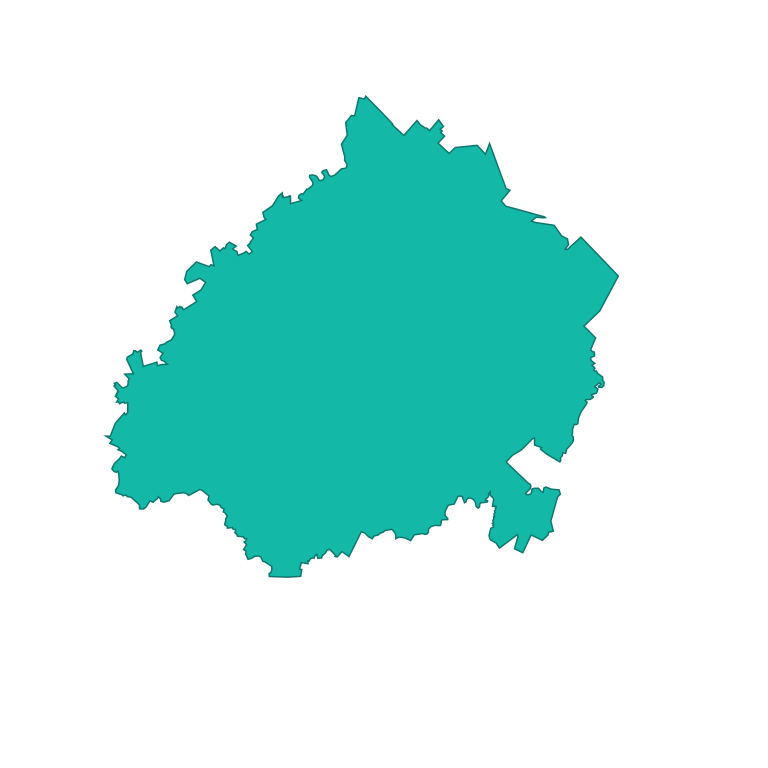 the district of Jalapa, Tabasco, Mexico, rotated 219°
{"feature_id": "50627088B66696645260750", "entity_name": "Jalapa", "entity_type": "district", "adm_level": 2, "iso_a3": "MEX", "parent_name": "Mexico", "parent_adm1": "Tabasco", "projection": "albers", "projection_center": [-92.803, 17.771], "detail": "fine", "context": "isolated", "style": "filled", "palette": "teal", "viewbox_px": 768, "rotation_deg": 219, "n_neighbors": 0, "source": "geoboundaries", "source_scale": "gbopen_adm2", "svg_char_len": 6171}
<svg xmlns="http://www.w3.org/2000/svg" viewBox="0 0 768 768"><g transform="rotate(219 384 384)"><path d="M224.3,526.7L227.4,527.7L228.2,526.7L229.8,526.8L230.0,529.0L234.3,529.6L233.2,532.7L237.3,532.6L239.5,533.6L239.7,535.3L238.0,538.2L240.6,541.2L242.3,540.4L244.9,540.5L248.6,553.0L265.1,554.8L262.3,576.6L269.9,615.4L323.4,622.1L326.1,603.9L328.0,602.8L328.3,608.4L332.7,612.2L339.2,610.9L351.7,614.4L367.6,605.0L371.9,603.3L370.8,609.4L365.1,613.1L363.3,614.9L364.1,615.0L401.3,598.8L408.2,600.1L408.0,613.9L412.1,612.7L453.3,637.3L449.7,626.4L461.8,628.1L477.4,612.6L478.5,604.2L493.6,605.2L492.9,614.8L498.2,615.1L497.9,617.2L500.6,617.3L499.8,621.5L507.8,623.7L508.0,609.5L511.7,609.7L513.4,608.8L518.9,608.3L524.2,609.5L525.0,589.7L540.7,590.6L540.6,591.4L547.1,592.4L579.3,596.2L578.7,593.1L583.7,590.7L575.6,574.0L578.3,572.1L578.2,563.0L569.1,554.2L568.0,543.6L557.2,535.7L555.5,533.1L550.9,531.5L549.7,529.5L549.6,527.6L552.5,524.3L553.7,515.5L555.7,512.0L557.9,511.6L563.5,514.3L565.1,512.2L565.8,510.5L565.4,509.2L561.7,508.4L560.3,507.4L560.0,504.5L560.8,502.7L562.4,501.5L565.9,502.8L568.3,502.9L571.1,501.5L573.0,499.5L572.2,497.9L566.0,495.9L564.5,493.8L565.6,487.5L566.6,487.1L566.4,481.0L568.0,479.7L568.7,476.8L567.5,474.7L563.5,474.7L570.1,465.3L575.0,471.2L576.0,470.6L575.8,469.8L579.5,465.5L580.5,466.5L581.0,465.7L583.3,468.5L584.2,464.1L582.9,452.2L586.1,441.1L582.2,438.1L579.4,437.5L583.8,427.8L579.7,424.4L582.2,419.6L581.6,415.6L577.4,415.3L577.1,409.8L576.5,409.4L577.2,405.8L569.8,404.2L570.6,400.0L574.6,400.3L575.2,397.9L578.4,392.0L581.6,394.4L585.8,393.6L586.6,394.1L585.6,398.2L593.4,396.9L594.1,393.3L592.8,389.2L594.5,388.7L595.3,384.1L601.7,384.5L602.8,379.0L590.4,368.8L593.5,368.0L593.8,365.1L606.6,360.8L608.2,347.5L604.6,339.6L600.0,338.1L593.6,350.3L586.5,350.7L585.4,341.5L588.6,332.8L581.4,330.3L586.4,315.6L589.6,316.6L589.9,315.4L591.3,315.8L592.1,313.1L593.6,313.7L591.6,308.2L587.3,307.1L590.4,298.2L586.8,296.3L585.5,295.1L585.6,294.3L583.7,293.7L582.0,294.2L578.4,291.5L577.7,289.7L577.0,284.4L579.4,279.2L579.3,277.6L582.5,273.2L581.3,268.1L575.1,268.8L574.7,263.7L571.8,262.4L569.8,263.3L564.7,263.0L569.0,259.3L571.7,255.7L574.3,258.0L582.1,246.2L593.0,255.2L592.8,257.0L594.3,257.3L595.6,253.5L597.8,253.4L599.5,252.4L598.1,249.4L600.4,243.2L599.2,241.1L585.2,234.3L591.6,228.5L585.2,227.7L584.8,225.4L582.7,222.7L582.2,220.7L584.0,217.0L585.1,216.3L592.5,217.1L594.0,214.8L592.0,214.2L592.5,212.5L586.4,211.5L586.1,210.2L585.5,210.4L585.8,208.9L585.5,207.2L584.9,207.4L585.0,205.4L580.9,205.4L580.5,201.7L579.1,203.0L577.1,202.2L576.2,204.5L574.3,206.2L573.4,205.9L571.4,208.2L565.1,200.5L565.4,197.3L567.5,198.1L568.1,184.7L563.9,171.1L567.3,168.5L560.0,169.5L559.7,165.3L551.8,167.6L548.8,167.8L549.4,165.5L545.4,166.6L539.9,166.8L539.1,163.6L542.8,162.7L542.5,159.6L543.5,152.6L542.9,149.6L542.2,149.4L542.6,148.3L541.9,146.7L538.6,146.1L536.5,147.0L535.9,148.9L533.0,146.6L529.2,142.6L526.4,138.0L525.9,132.5L523.9,130.7L517.8,133.1L516.5,132.8L514.6,135.4L512.7,134.9L509.3,136.9L498.1,136.2L495.4,133.1L492.3,135.5L491.5,138.2L492.3,146.0L489.0,146.7L488.0,152.7L488.5,154.4L485.7,154.2L483.5,152.4L480.7,153.7L477.6,158.0L477.9,166.1L476.8,167.9L471.0,173.6L468.0,174.7L465.7,174.4L460.8,186.0L459.1,186.8L449.5,186.9L447.8,183.1L442.8,181.9L440.8,182.2L438.5,185.1L435.5,186.6L432.6,185.5L429.7,186.3L428.5,183.5L426.1,183.7L422.4,182.6L422.2,179.4L421.1,178.5L419.6,174.8L418.5,174.3L416.2,174.8L415.1,173.4L411.5,177.0L409.9,176.2L408.3,177.2L406.8,176.6L406.5,174.7L403.4,174.4L402.1,173.5L397.0,176.7L394.9,176.1L393.4,177.3L392.6,175.0L393.3,173.2L389.7,172.7L388.9,166.9L386.1,167.3L384.3,164.7L379.3,162.2L377.3,165.0L375.9,168.9L373.3,171.5L370.6,172.0L366.6,170.0L364.2,170.9L356.6,171.6L354.3,169.2L353.3,166.1L354.0,164.4L352.0,162.2L337.3,173.3L327.7,182.1L331.2,188.1L333.1,186.9L335.8,193.2L330.0,196.5L331.8,198.5L330.8,199.1L331.2,201.7L330.1,203.8L328.7,204.7L329.5,206.7L329.1,209.3L325.8,206.9L323.0,209.5L323.9,211.6L323.2,215.6L323.6,219.1L322.1,221.4L313.3,220.2L313.5,219.3L311.5,220.1L311.2,227.3L302.6,227.8L308.7,254.9L305.2,256.1L299.8,255.6L295.8,256.3L296.1,259.6L293.7,262.7L293.1,265.5L291.2,268.8L291.1,270.8L286.6,275.7L285.5,276.1L281.6,275.0L279.4,273.9L277.5,271.2L276.6,273.5L274.4,275.6L270.5,277.7L264.8,279.0L265.5,285.9L259.9,292.1L257.5,292.9L256.2,294.4L256.2,296.6L258.1,299.5L257.7,302.8L255.6,306.0L251.4,309.2L251.2,310.2L253.3,313.8L253.3,315.1L249.2,318.6L249.8,319.6L253.6,320.2L255.7,322.3L256.5,324.4L257.8,330.3L253.9,334.9L255.8,343.1L254.5,344.7L252.4,345.7L246.8,342.4L246.1,344.1L247.1,346.3L246.7,348.1L245.4,349.6L242.9,350.5L239.6,350.2L235.2,346.8L232.7,346.8L232.4,348.7L234.0,350.8L234.1,352.4L229.5,357.1L229.5,358.0L230.2,358.5L231.8,357.7L232.6,358.1L231.9,362.1L233.6,364.7L233.6,367.0L231.3,364.3L227.6,364.2L226.2,363.4L222.7,357.2L220.0,359.5L219.1,358.4L219.5,357.7L218.2,356.6L218.2,354.9L216.9,354.0L216.7,352.1L214.6,350.6L215.2,349.9L213.8,348.3L213.4,346.1L212.0,345.8L212.0,343.7L210.1,343.7L210.2,342.6L208.9,341.9L210.2,339.0L206.9,332.2L203.3,329.9L196.6,330.9L191.0,329.2L185.6,350.7L183.8,349.6L178.9,338.1L170.0,340.2L174.6,359.3L162.5,362.2L161.5,369.8L162.7,372.4L159.8,376.2L168.1,382.5L178.0,405.3L177.6,409.3L181.3,411.9L187.9,407.5L193.3,405.8L194.3,403.9L192.2,399.9L194.1,399.4L198.3,400.2L201.8,397.4L202.9,395.5L200.8,392.0L200.8,390.8L202.5,388.4L203.8,387.9L205.1,388.0L204.5,394.6L205.6,397.1L207.2,398.1L210.0,397.7L238.7,400.1L240.0,400.7L239.3,409.4L235.7,419.4L234.1,435.1L232.9,436.6L228.6,431.3L221.5,433.8L221.5,431.9L213.8,431.9L198.3,434.1L198.6,436.0L200.5,437.5L200.2,440.3L201.8,443.1L199.2,444.4L201.0,448.1L200.6,455.9L201.2,459.0L203.4,461.8L206.1,462.7L206.6,464.6L209.0,467.4L210.8,472.3L209.0,473.5L208.5,475.2L211.4,479.9L213.3,486.0L214.0,495.5L214.7,497.7L217.3,497.8L217.4,498.9L214.0,501.8L213.0,505.2L213.6,506.0L215.2,505.4L216.1,506.3L213.2,510.4L213.2,511.4L214.6,514.7L218.5,514.5L217.6,520.0L216.8,520.6L215.2,520.2L215.9,517.1L215.1,516.6L212.5,518.4L212.2,520.9L214.1,523.9L216.2,524.4L218.5,527.0L224.3,526.7Z" fill="#14b8a6" stroke="#0f766e" stroke-width="1.5"/></g></svg>